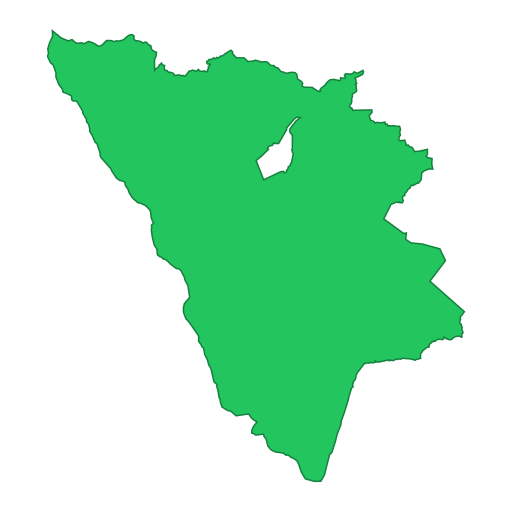 Hwange, Matabeleland North, Zimbabwe
{"feature_id": "62879985B77670672881921", "entity_name": "Hwange", "entity_type": "district", "adm_level": 2, "iso_a3": "ZWE", "parent_name": "Zimbabwe", "parent_adm1": "Matabeleland North", "projection": "robinson", "projection_center": [26.512, -18.839], "detail": "fine", "context": "isolated", "style": "filled", "palette": "green", "viewbox_px": 512, "rotation_deg": 0, "n_neighbors": 0, "source": "geoboundaries", "source_scale": "gbopen_adm2", "svg_char_len": 5894}
<svg xmlns="http://www.w3.org/2000/svg" viewBox="0 0 512 512"><path d="M362.9,70.4L357.7,73.1L356.3,73.0L354.1,71.8L352.6,73.6L351.3,74.1L345.5,73.8L344.4,75.3L345.5,77.5L345.4,77.9L344.4,78.3L340.6,77.8L340.3,80.2L339.6,80.7L334.0,79.4L330.0,79.8L327.2,82.2L324.7,85.5L321.2,88.1L320.0,89.8L320.6,91.3L319.8,91.7L316.5,90.4L312.3,87.4L304.3,87.2L302.2,86.2L301.8,85.5L302.7,83.8L302.6,83.1L300.7,80.9L297.7,79.2L296.7,74.2L295.0,72.6L291.4,72.3L286.1,73.3L283.8,72.2L281.0,71.6L278.2,68.2L277.1,67.5L275.9,67.9L273.9,65.5L272.1,65.6L269.9,64.9L267.9,62.4L266.2,61.8L261.2,61.9L255.5,60.2L252.0,61.3L249.5,61.2L248.1,61.8L245.0,58.6L243.7,57.9L236.5,57.8L232.5,53.7L232.6,51.9L231.0,50.2L225.4,53.5L222.9,55.6L220.3,56.2L218.7,57.9L216.8,57.4L215.6,58.7L213.8,57.9L210.3,59.8L209.3,59.3L207.7,61.1L207.0,61.2L206.6,61.9L207.2,63.7L208.0,64.1L209.8,63.9L210.3,64.5L208.2,66.9L208.4,68.4L207.6,69.8L207.6,71.0L206.6,72.0L204.2,70.8L203.1,71.3L199.9,71.2L198.4,69.4L196.4,71.2L192.5,70.1L191.1,70.8L189.2,71.0L185.8,75.4L184.5,76.1L182.5,75.3L181.6,75.9L179.0,74.8L174.6,75.6L173.5,73.4L169.7,72.1L168.4,72.3L167.2,70.6L165.0,70.3L164.1,68.0L164.6,65.5L162.1,64.9L161.6,63.1L159.6,64.7L158.4,67.1L155.3,69.1L154.6,70.2L154.5,59.8L156.0,56.3L156.5,52.3L153.7,51.2L151.5,49.3L150.9,45.8L148.3,44.5L146.6,42.4L145.2,42.1L143.2,43.1L140.2,41.3L134.8,40.4L133.8,38.3L134.0,35.9L132.6,34.8L131.0,34.6L128.4,35.5L123.5,39.8L119.0,41.1L116.8,40.8L113.6,41.6L111.6,40.6L106.5,40.5L102.2,45.0L99.4,46.3L96.6,45.3L96.4,44.7L93.1,42.9L88.6,41.4L83.9,43.8L81.7,42.7L77.2,43.4L74.4,41.8L72.1,39.6L68.2,40.9L61.1,37.9L52.3,30.7L52.6,36.3L49.6,42.7L47.8,48.6L48.5,53.7L47.6,55.8L47.7,56.8L50.3,62.4L51.6,63.8L52.8,64.3L53.4,65.4L56.0,73.0L55.9,77.0L59.0,84.8L62.4,89.2L63.1,92.3L65.6,93.0L71.0,95.6L71.6,96.7L71.6,99.2L72.1,100.2L73.2,101.0L75.9,101.0L77.0,101.7L81.6,109.3L82.6,111.3L82.8,113.2L86.4,119.2L86.5,121.3L87.0,122.5L88.6,124.1L89.8,129.5L89.6,131.2L92.0,135.0L95.3,142.5L96.9,143.5L100.1,153.1L100.1,155.3L100.8,157.3L110.8,168.7L112.1,171.5L116.3,177.9L119.1,180.1L123.4,181.4L124.7,182.2L125.6,185.9L127.8,188.8L129.3,193.0L132.6,198.1L137.9,202.7L140.5,203.2L145.3,205.4L149.7,209.7L150.6,212.0L151.2,217.8L152.6,221.4L153.7,222.7L151.4,225.3L151.7,227.5L151.3,230.0L152.3,237.1L154.3,245.3L156.6,248.5L157.3,251.9L157.1,253.3L157.8,255.2L160.0,256.8L161.7,257.2L163.2,259.0L164.8,259.2L166.8,260.4L170.6,264.2L176.3,268.5L178.9,268.9L179.9,269.6L181.1,270.9L184.4,277.3L184.9,279.9L187.9,285.7L189.7,297.2L184.3,303.7L183.4,307.9L183.5,312.0L184.0,313.6L185.8,318.5L189.5,322.7L198.2,335.3L198.7,336.5L198.6,341.4L200.9,344.4L201.9,346.6L203.7,348.5L204.7,354.3L207.4,359.8L208.8,365.0L210.9,368.5L214.1,382.1L216.9,384.4L216.8,386.6L218.0,390.6L219.2,398.0L220.1,399.3L220.4,402.3L222.0,407.0L227.1,410.2L229.0,410.9L230.6,411.0L236.1,415.8L248.6,413.9L251.2,417.7L253.1,419.5L257.0,422.0L253.9,425.8L251.9,430.0L251.8,433.2L253.6,433.5L255.8,435.1L263.4,434.1L264.4,437.1L266.1,439.0L267.9,446.1L271.0,449.8L274.9,451.8L282.2,452.9L283.8,453.4L285.8,455.1L288.5,455.1L290.5,457.1L294.3,458.7L297.1,461.1L298.5,463.7L301.3,472.1L305.4,478.9L314.2,481.3L320.8,481.3L324.5,474.8L329.2,456.0L329.1,455.4L331.9,452.3L335.6,440.8L336.9,435.0L340.8,424.9L341.3,420.9L344.0,413.5L348.6,398.8L348.5,398.0L351.6,387.9L353.1,386.8L352.5,384.1L353.2,383.3L353.2,382.1L355.3,379.5L356.0,377.2L355.9,375.7L357.4,372.7L362.8,365.6L363.7,363.8L364.8,363.9L365.6,363.0L369.5,363.1L370.5,362.4L372.8,362.9L375.7,362.1L375.4,361.0L377.0,361.9L378.6,362.1L388.4,360.0L389.2,360.7L389.6,359.9L390.8,360.4L393.5,360.5L396.0,359.2L397.3,359.4L397.9,358.8L400.6,359.3L402.1,358.3L410.6,358.9L415.2,360.2L416.5,359.3L419.1,358.9L420.8,358.0L420.2,357.0L420.6,355.5L420.6,353.7L422.4,351.6L422.3,351.1L427.0,347.3L429.0,347.1L429.3,344.5L433.0,341.3L434.2,340.8L434.3,341.5L434.7,341.5L437.4,339.4L440.7,339.2L442.2,339.7L443.6,339.0L443.9,337.1L447.0,339.0L449.9,339.8L451.4,339.5L455.1,336.5L459.2,336.1L461.6,337.3L461.9,336.8L461.7,334.2L462.9,333.1L462.8,331.5L461.9,329.8L462.1,327.3L461.1,324.2L459.9,323.1L459.7,321.8L460.6,318.8L460.1,317.9L460.4,317.0L464.4,311.7L429.9,281.2L445.5,260.6L439.9,248.9L422.4,244.0L411.0,242.9L405.7,239.4L406.4,233.0L403.5,233.4L383.8,218.9L391.0,204.4L396.4,202.1L398.4,202.6L399.2,201.9L400.0,202.7L402.5,202.7L403.3,200.5L402.4,198.5L402.5,196.9L403.4,196.0L404.7,195.6L404.8,193.5L406.5,191.9L408.2,189.2L410.2,187.9L410.9,185.7L411.9,185.1L413.1,185.6L416.8,183.4L418.7,183.0L421.1,179.7L421.8,172.9L424.3,170.8L429.0,169.0L432.8,169.1L431.7,163.7L432.1,159.2L432.0,158.5L428.8,158.0L426.1,156.5L427.5,153.7L427.4,149.3L424.1,150.1L423.2,150.8L422.2,150.3L420.5,151.0L414.9,151.6L413.8,150.4L412.4,147.6L408.9,146.2L408.3,145.1L406.4,145.2L404.8,140.2L401.6,140.5L401.3,140.9L399.2,140.5L398.9,139.8L399.1,137.0L400.4,135.1L399.7,132.3L400.5,129.2L399.5,126.2L397.8,126.4L392.9,125.6L391.0,126.0L388.9,125.5L387.8,126.0L387.0,124.0L385.3,124.3L385.0,122.1L380.8,122.8L377.2,122.4L374.9,123.0L374.2,121.7L370.6,120.1L369.2,115.8L372.0,112.3L371.8,109.9L352.7,110.3L351.8,108.0L349.7,107.3L349.6,106.0L351.4,103.0L351.8,101.5L351.7,98.5L352.4,96.9L352.3,94.8L353.0,93.6L356.1,91.7L356.6,90.9L356.6,89.3L356.1,88.1L356.3,85.7L355.5,84.5L356.8,83.4L356.0,82.5L356.0,79.9L355.1,77.8L359.7,76.0L360.8,75.0L362.5,74.7L363.6,71.9L362.9,70.4ZM286.7,129.5L286.5,128.1L294.0,119.3L297.0,116.9L298.8,117.7L300.2,117.6L296.0,121.0L290.0,128.7L289.8,132.1L292.4,135.4L292.3,149.0L291.7,149.8L292.4,151.2L292.4,152.4L293.3,153.7L291.5,162.6L290.4,163.8L290.5,164.8L289.9,165.8L288.3,166.7L287.9,168.8L286.6,170.4L286.6,171.6L285.3,172.7L284.3,172.8L283.6,171.3L280.7,171.7L263.7,179.8L256.1,160.6L262.0,155.7L268.5,149.3L267.3,148.4L269.4,146.0L272.3,145.4L272.8,144.9L273.1,143.4L274.2,142.8L274.7,143.5L278.6,143.5L286.7,129.5Z" fill="#22c55e" stroke="#15803d" stroke-width="1.5"/></svg>